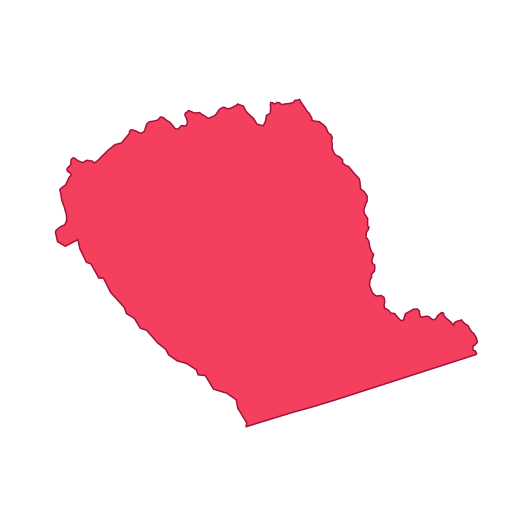 the district of Jackson, Colorado, United States of America, rotated 162°
{"feature_id": "52423323B6284215634036", "entity_name": "Jackson", "entity_type": "district", "adm_level": 2, "iso_a3": "USA", "parent_name": "United States of America", "parent_adm1": "Colorado", "projection": "mercator", "projection_center": [-106.44, 40.663], "detail": "fine", "context": "isolated", "style": "filled", "palette": "rose", "viewbox_px": 512, "rotation_deg": 162, "n_neighbors": 0, "source": "geoboundaries", "source_scale": "gbopen_adm2", "svg_char_len": 3460}
<svg xmlns="http://www.w3.org/2000/svg" viewBox="0 0 512 512"><g transform="rotate(162 256 256)"><path d="M77.1,94.3L76.3,95.0L76.8,98.1L78.6,99.1L78.2,101.3L77.8,102.6L76.7,103.8L76.0,103.5L72.2,105.4L71.7,109.9L72.8,114.8L74.4,117.4L75.4,121.1L75.9,124.2L77.6,126.1L79.1,128.4L80.1,131.0L80.4,131.8L82.1,131.5L84.3,131.9L87.8,131.4L88.6,129.9L89.5,129.1L89.7,129.9L91.2,133.1L92.4,135.1L94.7,138.6L95.9,142.1L95.2,143.1L95.8,144.3L97.2,144.9L99.8,143.8L102.0,143.0L102.6,142.0L105.2,140.2L108.0,141.1L109.6,143.7L110.4,145.1L113.0,146.2L115.8,146.3L118.4,147.3L118.3,150.0L117.6,153.2L118.9,155.7L122.4,156.7L131.6,155.0L134.0,151.7L135.6,149.5L138.1,149.7L139.1,151.5L140.8,155.3L141.9,158.5L145.3,159.9L146.6,163.1L147.4,164.3L149.8,166.6L149.3,169.9L147.9,172.1L147.2,175.1L147.1,177.2L148.1,178.3L148.9,179.6L150.8,180.0L154.2,180.9L156.6,184.8L157.0,189.4L157.0,193.3L155.2,197.7L152.4,200.4L152.0,202.8L148.1,204.9L146.8,207.6L145.9,210.8L147.6,213.1L147.1,216.3L143.6,221.1L144.8,223.9L145.0,229.4L144.0,235.0L145.5,240.3L143.5,244.6L141.4,246.1L139.6,248.5L140.6,249.9L138.2,257.3L139.8,262.9L139.1,266.7L135.3,271.9L133.4,273.7L131.8,278.6L133.3,284.0L135.8,287.4L134.8,291.8L134.1,295.1L134.1,298.0L136.9,303.8L139.5,310.5L140.4,312.8L142.0,313.5L144.9,317.6L143.9,320.7L145.9,324.4L148.8,327.1L149.9,329.5L150.3,335.1L148.9,338.9L148.3,342.8L146.8,344.9L147.2,348.0L149.2,350.6L149.8,357.1L151.4,360.0L154.5,364.4L158.4,366.0L161.1,368.1L160.3,369.5L161.2,374.8L163.1,379.0L163.7,382.0L165.8,388.6L165.9,390.1L166.2,391.5L167.5,391.2L171.0,392.0L172.9,390.4L176.8,390.6L181.6,391.7L183.7,391.7L186.1,393.4L186.2,394.5L188.7,395.6L190.1,394.9L192.2,395.3L192.6,396.6L194.7,397.4L195.7,395.2L196.6,391.3L198.6,387.1L202.6,386.6L205.0,381.8L206.7,379.8L208.9,377.7L214.3,381.0L215.9,387.7L219.2,393.4L221.0,397.3L221.6,402.4L225.0,405.0L226.3,406.2L227.6,406.0L228.4,405.1L230.7,405.1L232.2,404.7L235.2,404.4L237.8,404.8L239.6,406.8L241.4,407.6L244.5,407.1L246.9,405.8L249.4,403.7L251.9,402.2L255.4,401.9L258.6,401.6L260.9,404.1L262.6,406.3L264.2,407.9L265.2,409.8L267.9,410.3L271.0,411.4L273.0,413.4L274.6,414.8L275.9,415.1L276.8,414.2L279.0,413.8L280.1,411.9L279.9,410.4L279.5,406.9L279.9,404.5L280.9,402.5L282.8,401.4L284.0,401.9L285.6,402.8L287.0,402.9L288.0,402.4L289.6,401.4L291.9,400.9L293.7,402.5L294.4,404.6L295.7,407.7L296.7,409.9L299.6,413.3L301.4,416.4L304.0,417.7L307.2,415.7L310.8,415.8L313.9,416.3L316.2,416.6L319.2,415.3L321.9,411.6L323.2,409.4L326.0,408.3L328.4,408.7L331.1,411.6L334.6,414.2L336.3,414.6L337.9,413.5L338.4,411.8L342.8,409.0L349.0,405.1L355.6,405.5L363.5,402.5L372.2,398.2L376.8,395.8L381.0,394.4L382.2,396.7L387.3,399.3L392.1,398.4L395.9,401.6L398.5,405.4L400.0,405.9L401.9,404.9L402.7,403.3L404.1,399.9L408.3,397.9L409.3,396.1L408.7,394.1L407.5,393.3L406.5,390.3L410.0,388.0L415.1,382.4L419.2,381.2L422.1,379.8L422.3,376.6L423.5,368.9L423.2,361.5L423.7,352.8L425.1,348.5L428.1,344.8L432.8,344.3L438.1,342.3L439.4,340.5L440.3,330.9L434.3,324.2L420.3,326.6L421.3,317.2L419.2,302.4L415.4,299.5L412.2,283.5L407.9,282.1L405.6,266.6L397.1,247.5L397.0,241.3L391.0,234.3L388.3,223.0L383.1,219.3L376.4,203.8L370.6,195.0L369.6,188.9L363.5,180.8L355.2,175.2L347.9,166.2L347.8,160.9L341.1,157.9L337.6,142.5L326.2,134.6L319.2,125.3L320.4,117.0L316.4,100.4L318.1,96.7L308.4,96.6L270.9,96.0L247.4,95.0L245.4,95.0L231.3,94.7L228.9,94.7L228.1,94.6L223.0,94.6L77.1,94.3Z" fill="#f43f5e" stroke="#9f1239" stroke-width="1.5"/></g></svg>